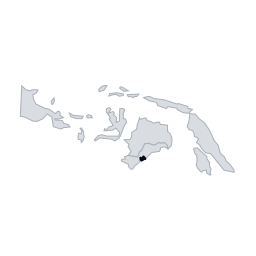 map of Brunei with Indonesia and Malaysia greyed out, rotated 185°
{"feature_id": "BRN", "entity_name": "Brunei", "entity_type": "country or territory", "adm_level": 0, "iso_a3": "BRN", "parent_name": "Asia", "parent_adm1": "", "projection": "albers", "projection_center": [114.782, 4.523], "detail": "fine", "context": "with_neighbors", "style": "filled", "palette": "ink", "viewbox_px": 256, "rotation_deg": 185, "n_neighbors": 2, "source": "natural_earth", "source_scale": "50m", "svg_char_len": 4053}
<svg xmlns="http://www.w3.org/2000/svg" viewBox="0 0 256 256"><g transform="rotate(185 128 128)"><path d="M236.3,130.4L237.5,160.8L233.1,157.2L228.2,156.4L227.0,157.8L220.9,158.1L222.8,154.3L225.8,152.9L224.4,147.9L222.0,144.0L212.5,140.3L208.6,140.0L201.3,135.9L199.9,138.2L198.1,138.7L196.9,137.0L196.9,134.9L193.2,132.7L198.3,130.9L201.7,130.9L201.3,129.6L194.3,129.8L192.3,127.0L188.0,126.3L185.9,124.0L192.3,122.7L194.7,121.1L202.5,122.8L204.8,132.2L209.8,134.9L213.7,129.7L219.1,126.7L223.3,126.6L231.1,129.7L236.3,130.4ZM159.9,161.7L160.5,164.0L157.4,167.5L153.3,168.6L152.7,168.1L155.2,163.6L159.9,161.7ZM204.3,151.6L203.7,148.1L205.5,144.7L206.6,146.1L206.7,148.3L204.3,151.6ZM125.5,100.7L122.8,105.0L126.3,109.4L125.5,111.6L130.8,116.0L125.2,116.6L123.6,119.8L123.8,124.1L119.3,127.4L119.1,132.1L117.3,139.3L116.6,137.6L111.2,139.7L109.3,136.9L105.8,136.6L103.4,135.1L97.7,136.8L96.0,134.5L88.9,134.2L88.2,127.8L85.9,126.5L83.6,122.4L83.0,118.3L83.5,113.9L86.4,110.7L87.2,113.9L90.4,116.6L93.5,115.7L96.5,116.0L99.3,113.6L101.6,113.2L106.1,114.6L110.0,113.6L112.4,106.9L114.3,105.3L115.9,99.9L125.5,100.7ZM180.6,132.9L185.9,134.2L187.7,137.7L183.6,135.9L173.6,135.8L174.7,133.2L180.6,132.9ZM168.7,137.8L165.4,137.0L164.5,135.0L169.3,134.6L170.5,136.2L168.7,137.8ZM173.3,109.5L173.7,112.0L176.5,112.4L177.0,114.3L176.8,118.5L174.4,118.1L173.7,121.0L175.7,123.4L174.4,124.0L172.4,121.1L170.9,115.0L171.8,111.2L173.3,109.5ZM143.6,115.4L155.0,115.7L159.7,112.2L160.6,113.2L156.8,118.0L153.2,119.0L148.6,118.1L136.5,119.1L135.9,122.7L140.2,126.9L142.7,124.7L151.6,123.0L151.3,125.2L149.2,124.5L147.1,127.3L142.9,129.2L147.5,135.2L146.7,136.8L151.0,142.2L151.0,145.3L148.5,146.7L146.6,145.1L148.9,141.2L144.2,143.1L143.0,141.8L143.6,140.0L140.1,137.2L140.4,132.6L137.2,134.1L137.9,146.3L134.9,147.0L132.8,145.7L134.1,141.3L133.4,136.8L131.3,136.8L129.8,133.5L131.8,130.4L134.8,119.5L135.8,117.6L139.8,114.0L143.6,115.4ZM137.4,168.3L131.0,165.1L135.5,164.2L139.7,166.9L139.5,168.2L137.4,168.3ZM142.4,160.3L145.6,159.9L149.9,158.2L149.2,160.8L142.0,162.1L135.6,161.6L135.6,159.9L139.4,158.9L142.4,160.3ZM127.5,159.6L130.5,159.2L131.7,161.2L120.2,162.7L121.9,160.1L124.5,160.0L125.8,158.4L127.5,159.6ZM80.5,150.5L81.1,152.1L90.3,152.7L91.4,150.7L100.3,153.0L102.1,156.1L109.3,156.9L115.2,159.7L109.7,161.4L104.4,159.6L95.0,159.3L81.4,156.2L79.4,156.7L70.6,154.7L69.8,152.7L65.4,152.3L68.8,147.9L74.6,148.2L80.5,150.5ZM61.0,125.1L61.8,128.4L63.4,131.1L66.9,131.6L69.2,134.6L67.9,140.4L67.6,147.7L62.3,147.7L58.3,143.7L52.2,139.8L46.7,133.0L40.8,122.7L36.7,118.7L33.8,110.8L29.5,107.7L27.1,103.6L23.6,100.9L18.8,95.5L18.5,93.1L28.8,94.4L43.5,109.7L48.3,109.9L52.3,113.2L55.0,117.2L58.6,119.5L56.6,123.3L59.3,125.0L61.0,125.1Z" fill="#d9dde1" stroke="#a8b0b8" stroke-width="1"/><path d="M41.3,88.9L42.1,88.1L45.9,90.2L46.2,92.7L49.4,92.2L51.0,90.3L54.8,93.6L56.7,96.8L56.4,102.2L57.1,106.7L58.8,108.0L60.6,112.2L60.5,113.8L57.1,114.1L47.1,106.6L46.6,104.2L43.9,101.0L43.3,97.0L41.7,94.4L42.3,91.0L41.3,88.9ZM125.5,100.7L115.9,99.9L114.3,105.3L112.4,106.9L110.0,113.6L106.1,114.6L101.6,113.2L99.3,113.6L96.5,116.0L93.5,115.7L90.4,116.6L87.2,113.9L86.4,110.7L89.9,112.4L93.6,111.5L94.5,107.5L102.3,105.6L108.0,98.8L110.2,101.3L111.2,99.7L113.4,99.8L113.9,94.5L117.6,91.1L119.9,87.4L121.8,87.4L124.3,89.8L124.5,91.9L131.6,94.6L131.3,96.4L128.1,96.7L128.9,99.0L125.5,100.7Z" fill="#d9dde1" stroke="#a8b0b8" stroke-width="1"/><path d="M111.9,97.1L111.5,97.3L111.1,97.5L110.8,97.7L110.6,97.9L110.6,98.2L110.7,98.7L110.8,99.1L110.9,99.3L111.0,99.5L110.8,100.0L110.7,100.5L110.5,100.9L110.1,101.2L109.9,101.2L109.5,100.8L109.2,100.4L109.0,100.1L108.6,100.1L108.4,99.9L108.4,99.7L108.3,99.4L108.1,99.1L107.8,98.8L107.5,98.6L107.3,98.5L107.9,98.5L108.5,98.5L109.1,98.2L109.6,97.9L110.1,97.5L110.6,97.1L111.0,96.8L111.8,96.5L112.0,96.5L112.0,96.8L111.9,97.1ZM112.5,97.1L112.9,97.8L113.1,98.3L113.1,99.2L113.3,99.5L113.2,99.7L112.6,99.6L112.3,99.5L112.0,98.6L111.9,98.1L111.9,97.4L111.9,97.1L112.5,97.1Z" fill="#0f172a" stroke="#020617" stroke-width="1.5"/></g></svg>